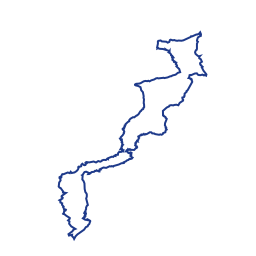 the district of Vélez, Santander, Colombia, rotated 222°
{"feature_id": "7082276B66951297608622", "entity_name": "Vélez", "entity_type": "district", "adm_level": 2, "iso_a3": "COL", "parent_name": "Colombia", "parent_adm1": "Santander", "projection": "albers", "projection_center": [-73.706, 6.241], "detail": "fine", "context": "isolated", "style": "outline", "palette": "blue", "viewbox_px": 256, "rotation_deg": 222, "n_neighbors": 0, "source": "geoboundaries", "source_scale": "gbopen_adm2", "svg_char_len": 5957}
<svg xmlns="http://www.w3.org/2000/svg" viewBox="0 0 256 256"><g transform="rotate(222 128 128)"><path d="M153.4,223.1L155.4,222.2L155.7,221.4L154.9,219.6L155.6,218.0L157.2,217.8L160.8,215.0L162.3,214.9L163.8,213.0L163.7,212.3L162.2,210.7L160.2,207.2L159.5,207.3L159.3,206.9L159.0,207.6L158.7,207.5L157.4,208.1L154.9,210.1L152.5,211.2L152.9,211.6L151.3,211.8L149.3,212.7L149.1,212.3L148.5,212.3L148.6,213.0L147.6,211.8L147.8,211.5L146.4,211.7L145.1,211.4L144.7,210.9L143.5,211.2L141.6,210.8L142.4,209.9L140.7,209.1L140.6,208.4L139.0,208.5L138.4,208.1L137.9,208.7L137.0,208.7L137.0,208.3L135.8,208.9L135.2,207.5L134.6,207.6L133.4,207.2L133.3,206.2L129.4,206.1L126.6,204.4L127.9,202.3L128.3,199.5L130.1,196.8L130.5,195.4L131.2,194.7L132.4,192.1L134.4,189.4L135.1,189.2L138.6,185.2L139.5,184.8L140.4,183.6L141.0,181.6L142.6,179.0L143.2,177.1L144.5,176.7L145.0,175.7L146.6,174.6L147.6,173.1L148.6,169.8L149.4,168.5L151.5,166.3L151.9,165.0L151.6,164.7L150.8,164.8L148.4,166.1L146.0,166.7L143.4,164.9L140.9,164.6L137.6,162.1L136.7,160.8L135.4,160.1L132.9,156.9L132.2,156.6L130.0,154.4L130.0,153.1L129.5,152.7L129.4,152.0L130.0,150.9L129.7,149.4L130.0,148.6L129.4,145.3L129.7,143.3L130.0,143.0L130.5,140.1L131.5,139.4L132.4,136.5L132.3,134.5L131.6,133.8L132.1,132.6L132.4,129.3L131.9,128.8L132.2,127.7L131.4,127.2L131.5,126.3L131.0,126.0L131.2,125.4L130.5,124.9L130.6,124.5L131.3,124.3L131.4,123.8L131.0,123.4L129.3,123.3L128.2,122.7L128.1,121.8L127.5,121.4L127.1,119.1L127.2,116.3L126.4,115.4L126.8,114.8L125.2,114.3L124.7,115.1L124.3,114.5L123.5,114.2L123.3,113.2L122.3,113.2L121.7,112.2L120.5,112.2L120.7,111.0L120.2,110.5L120.4,110.1L119.9,109.7L119.4,107.2L118.4,108.5L117.8,108.3L117.6,107.5L117.3,107.3L116.9,107.3L116.4,108.3L115.8,107.5L116.4,107.2L117.0,105.8L118.6,104.1L118.5,102.6L117.6,101.4L119.2,99.7L118.5,98.8L119.6,98.1L119.6,96.7L120.8,95.9L122.7,92.0L122.0,91.4L122.9,91.0L123.0,89.4L124.6,88.2L125.6,86.7L125.5,85.8L126.1,84.4L128.0,83.5L128.7,81.0L131.1,80.1L133.8,76.5L134.9,75.7L135.0,74.8L135.8,75.1L136.2,74.8L136.4,73.7L135.1,72.7L134.9,72.0L135.5,71.2L136.3,70.9L138.0,70.9L138.1,69.5L137.2,68.2L137.9,67.0L138.8,66.3L138.8,65.7L138.2,65.7L137.4,63.6L137.4,61.5L138.0,59.2L139.7,56.9L141.3,57.1L141.0,55.5L143.0,54.6L145.0,50.5L145.9,49.8L145.6,48.1L144.5,46.7L144.6,46.2L145.8,46.2L146.0,45.7L145.5,45.0L144.0,44.7L143.0,43.9L142.7,41.5L140.3,38.1L138.8,37.9L137.9,38.3L133.7,37.4L133.2,36.6L130.7,38.2L131.8,33.2L131.3,32.4L129.9,32.5L129.5,31.7L130.6,28.4L129.3,28.5L128.4,27.4L126.5,28.0L125.7,26.8L123.3,26.5L123.3,25.8L122.4,25.6L121.1,24.7L119.8,25.7L119.4,25.7L119.2,24.8L119.8,23.5L118.9,22.0L118.8,20.8L118.6,20.8L117.6,21.4L115.1,21.5L111.1,22.2L110.6,21.6L110.7,19.2L109.0,19.4L107.7,17.5L104.4,16.9L99.6,17.8L100.5,15.9L100.2,14.0L101.2,9.3L99.9,8.6L98.1,11.2L97.6,10.4L96.3,10.1L95.4,10.2L93.8,9.5L94.5,12.5L94.4,15.1L92.6,23.1L93.0,26.1L92.2,27.9L92.7,29.3L92.5,30.6L93.7,33.5L94.0,33.7L96.4,33.2L96.0,32.7L97.0,32.1L97.5,32.3L98.3,31.2L101.1,30.7L101.1,31.1L100.6,31.4L100.5,32.9L100.9,33.2L101.2,32.9L101.6,34.0L100.9,33.9L100.8,34.2L101.6,34.5L101.7,35.8L102.1,36.4L102.7,36.3L102.9,35.4L103.6,35.4L104.0,36.8L103.6,37.4L104.5,38.4L104.8,39.6L105.9,40.8L106.5,42.6L106.3,43.9L111.9,47.6L112.7,49.4L114.0,50.9L114.9,51.5L116.9,51.9L119.4,53.7L123.3,57.7L125.4,58.8L127.5,59.2L129.8,62.2L130.5,62.2L130.3,62.7L130.8,65.5L130.8,66.2L129.9,67.5L127.8,68.2L127.3,68.0L126.7,68.6L126.6,67.3L126.1,67.8L125.6,69.2L125.6,70.8L123.9,72.8L123.9,74.0L123.1,74.5L123.1,75.5L120.8,76.1L120.1,76.6L120.3,76.9L121.0,76.9L121.2,77.7L120.6,78.7L121.2,78.8L119.8,82.2L117.5,83.8L116.0,87.4L114.9,88.0L114.6,88.8L113.2,89.5L113.3,90.1L110.4,94.7L109.3,97.4L107.9,98.9L108.2,99.4L107.7,99.7L108.0,100.3L107.3,101.7L107.1,103.3L106.3,104.6L106.3,106.1L105.4,106.6L104.7,107.8L104.8,109.0L105.8,108.7L106.4,108.8L106.6,109.2L107.4,109.0L107.3,109.5L107.6,110.2L108.6,110.3L109.0,110.9L108.4,111.3L108.7,111.9L109.6,111.7L109.6,111.2L110.1,111.0L110.1,110.1L111.2,109.7L112.8,110.1L113.8,109.3L114.1,110.6L113.7,111.2L113.9,112.3L112.7,112.3L112.5,113.5L111.9,113.7L111.5,113.4L108.7,115.9L108.7,118.4L108.2,118.8L108.4,119.9L109.1,120.2L109.4,119.9L111.0,119.9L111.1,120.7L111.9,121.0L111.9,121.7L112.4,121.9L112.2,122.6L112.6,123.1L112.5,124.2L111.9,124.5L112.8,124.9L112.4,126.0L113.1,127.4L113.1,128.1L114.6,128.4L114.7,128.7L114.0,130.1L114.1,130.6L113.5,131.2L113.7,131.7L113.3,131.9L113.3,132.6L112.5,132.8L112.3,134.2L111.5,134.1L111.1,134.3L110.9,135.2L110.5,135.3L109.9,136.3L108.9,139.5L107.7,140.4L106.4,140.2L104.8,141.5L103.8,141.6L100.3,143.8L99.8,144.8L98.5,145.5L98.1,146.7L98.5,147.8L97.4,149.8L98.5,151.6L98.2,152.7L99.3,153.0L99.6,153.6L100.3,153.4L100.8,154.2L102.4,154.7L103.7,156.4L105.3,160.7L106.9,160.7L107.1,161.1L107.8,161.2L109.5,160.7L109.8,161.1L110.5,160.9L113.5,164.1L112.9,169.2L111.9,171.6L112.2,172.4L111.3,173.8L109.4,175.2L109.1,176.0L107.6,177.7L105.8,178.6L106.4,181.3L105.4,185.2L105.9,185.9L107.0,186.1L108.0,187.0L107.1,188.4L107.2,189.2L107.8,189.7L107.8,190.1L108.9,191.4L108.7,194.2L109.2,194.6L109.0,196.1L111.1,205.2L111.8,205.8L112.4,205.8L113.2,206.8L114.3,206.7L114.5,206.2L115.6,206.3L116.4,205.7L116.6,206.8L117.6,208.5L117.0,209.3L116.4,209.6L114.8,213.2L113.4,214.7L111.7,214.4L110.7,214.8L109.4,215.9L108.4,217.5L107.2,217.7L107.1,218.1L106.2,218.5L106.2,218.9L105.0,219.2L105.6,220.3L110.3,221.1L113.1,222.2L113.4,223.2L113.9,222.9L114.0,223.3L115.5,223.6L115.9,223.3L117.4,223.9L117.9,224.8L117.4,226.7L119.9,227.8L121.7,227.5L122.7,228.7L122.7,229.6L123.4,228.5L125.0,228.3L127.4,228.3L128.9,229.2L129.6,231.2L129.3,232.0L129.7,232.9L133.2,236.8L133.8,238.9L134.8,238.8L135.4,239.3L136.4,241.4L136.6,242.5L135.7,245.0L136.1,245.2L135.7,245.4L136.5,246.5L138.4,247.4L138.3,245.5L139.1,243.8L139.8,243.2L141.6,239.1L142.5,238.4L142.3,237.7L145.5,230.2L146.7,228.6L148.9,226.9L149.8,225.7L151.4,224.7L152.4,224.4L153.4,223.1Z" fill="none" stroke="#1e3a8a" stroke-width="2"/></g></svg>